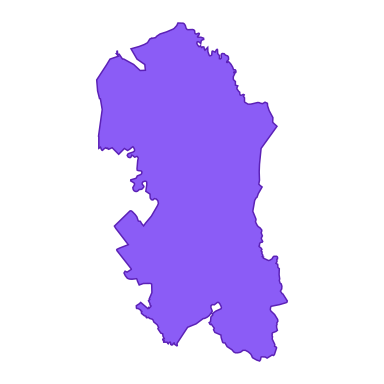 the district of Guachené, Cauca, Colombia
{"feature_id": "7082276B47374862925181", "entity_name": "Guachené", "entity_type": "district", "adm_level": 2, "iso_a3": "COL", "parent_name": "Colombia", "parent_adm1": "Cauca", "projection": "mercator", "projection_center": [-76.391, 3.144], "detail": "fine", "context": "isolated", "style": "filled", "palette": "violet", "viewbox_px": 384, "rotation_deg": 0, "n_neighbors": 0, "source": "geoboundaries", "source_scale": "gbopen_adm2", "svg_char_len": 5953}
<svg xmlns="http://www.w3.org/2000/svg" viewBox="0 0 384 384"><path d="M117.0,53.4L116.3,53.6L118.4,56.2L110.0,59.1L106.7,64.6L96.7,79.9L97.6,91.0L99.5,98.6L100.4,98.8L102.2,109.6L98.5,136.3L98.8,136.8L98.8,148.3L100.5,147.2L101.3,149.3L102.0,150.3L102.5,150.4L103.7,149.1L105.8,147.7L106.5,148.4L107.5,148.1L107.9,148.3L108.0,149.0L108.7,149.3L112.1,147.7L118.7,154.3L124.4,148.5L127.6,150.5L129.6,149.3L132.2,147.1L132.8,146.7L133.2,147.0L134.4,148.9L134.6,150.3L134.3,151.2L132.9,152.1L128.7,153.5L127.7,154.2L127.2,155.5L128.3,157.2L129.7,157.6L130.5,157.5L131.0,157.0L131.8,155.1L132.6,155.5L134.7,157.2L136.8,156.4L137.4,156.6L138.3,158.1L137.7,160.5L137.0,168.8L137.2,170.2L138.2,170.6L140.8,170.9L141.6,171.3L141.9,172.3L141.6,173.7L140.8,174.5L137.3,175.9L136.3,177.9L135.7,178.4L130.8,179.8L130.7,180.9L133.9,182.8L134.5,183.7L134.4,184.9L132.8,187.6L133.2,189.5L133.9,190.6L135.2,191.4L136.6,191.5L137.6,191.1L139.2,189.6L141.5,189.3L142.1,189.0L143.7,187.2L143.9,186.3L142.2,184.1L142.2,183.0L142.9,181.9L144.6,181.2L145.8,181.2L146.7,182.0L146.8,184.6L145.8,191.3L150.0,194.1L150.2,198.0L151.4,199.7L152.9,200.0L154.4,198.6L156.4,199.1L157.9,200.8L158.4,203.5L157.4,205.8L151.4,216.1L145.4,223.3L143.6,225.9L141.5,223.4L140.3,221.3L138.6,221.1L138.2,220.8L136.9,216.9L135.3,214.7L132.4,211.7L131.5,211.0L130.6,210.8L129.9,211.0L114.4,226.1L115.7,228.3L128.3,244.7L119.7,248.0L117.0,249.3L116.7,249.8L117.0,250.7L131.2,268.8L131.3,269.4L127.1,272.1L125.1,271.2L124.0,273.0L125.3,275.7L127.2,278.1L128.3,278.7L129.9,279.1L132.1,279.2L136.5,278.7L136.9,279.1L137.5,281.2L139.2,285.0L143.3,283.5L150.2,283.4L151.5,283.9L151.7,284.6L151.9,292.6L149.2,299.0L149.7,299.6L148.5,300.7L150.0,303.6L150.0,304.9L150.9,305.6L150.9,306.5L149.2,308.1L148.8,307.4L147.9,308.6L140.7,302.4L139.4,303.7L136.3,305.7L136.4,308.0L136.8,308.5L138.1,308.5L140.6,310.0L140.6,310.7L141.8,311.4L141.4,312.4L141.5,313.4L144.4,315.8L145.9,316.2L146.2,316.6L146.2,317.4L146.7,317.8L148.3,317.4L149.8,318.5L152.2,319.2L153.1,320.1L153.8,322.0L157.2,324.7L158.6,327.4L157.9,328.5L158.1,329.1L160.8,333.1L162.7,333.8L163.0,336.2L164.3,338.7L162.9,339.0L162.7,339.6L162.8,340.0L164.1,340.6L164.1,341.2L163.6,341.6L163.7,342.2L167.1,342.2L167.8,343.5L168.3,343.8L169.3,342.3L170.1,342.1L170.7,343.2L170.7,344.4L171.5,345.0L172.6,344.8L173.5,343.2L174.2,343.0L174.5,344.2L176.7,345.8L177.3,345.6L177.0,343.7L177.4,342.8L187.6,327.3L196.2,323.8L203.1,318.6L204.7,318.4L207.3,317.1L209.3,315.5L212.3,311.2L210.9,307.6L211.0,305.7L212.3,304.6L214.3,304.8L217.4,302.4L218.5,302.4L219.7,303.6L221.0,306.1L221.4,307.6L221.1,308.7L215.6,311.2L212.2,313.9L212.8,314.9L210.9,317.0L210.5,321.7L209.1,322.6L210.0,324.3L210.6,324.6L211.3,324.2L214.3,328.2L213.5,329.7L214.9,332.4L220.9,335.0L221.2,337.6L222.6,342.2L223.2,342.8L225.0,342.9L227.1,346.6L232.0,349.8L233.8,352.0L235.4,352.8L237.6,352.8L240.1,352.3L241.6,351.5L242.7,350.4L245.2,350.3L246.1,350.7L248.3,351.9L250.7,354.0L251.8,355.9L252.0,356.8L252.8,357.9L256.8,360.1L259.6,361.0L260.5,359.8L261.0,357.2L261.9,356.8L265.3,357.0L267.1,358.1L272.1,355.0L273.5,355.5L274.4,354.6L276.6,347.8L275.9,346.8L274.6,346.4L274.8,344.5L272.2,339.0L272.5,336.6L272.0,335.9L272.3,334.7L272.0,333.9L272.5,332.8L276.1,331.4L277.4,330.3L276.7,327.9L276.5,325.5L277.0,324.6L276.8,322.9L277.9,321.2L277.6,319.4L274.6,314.5L270.7,310.8L270.3,309.5L270.6,307.4L271.1,306.3L279.6,304.6L286.1,302.7L286.9,302.3L287.3,300.9L282.9,294.0L282.1,293.6L280.4,291.1L281.7,289.0L281.9,286.2L281.2,283.9L280.0,283.0L279.3,280.4L279.7,278.9L279.1,274.7L279.3,268.7L277.9,267.5L277.7,264.3L276.0,263.4L277.0,261.5L276.8,259.3L277.5,258.9L277.6,257.7L277.3,256.8L276.6,256.3L273.9,256.3L272.8,257.3L272.2,258.7L269.7,260.3L268.4,260.5L263.5,258.2L263.2,257.9L263.5,257.0L262.3,256.6L262.9,255.3L261.8,253.3L262.1,252.0L261.2,251.0L261.2,250.5L261.9,249.6L261.7,249.0L261.0,248.0L259.1,246.5L259.0,246.0L259.5,245.4L259.5,243.9L260.0,243.0L260.8,242.4L262.2,242.2L262.7,241.4L261.6,239.4L261.3,238.1L262.4,235.9L261.2,232.9L261.8,230.9L261.7,229.9L260.0,227.8L258.3,226.7L257.3,225.5L255.9,222.8L255.5,221.6L256.0,219.8L255.9,218.9L252.8,211.3L254.7,200.4L256.1,197.9L257.0,197.3L258.3,193.6L262.1,187.0L260.0,185.4L258.8,184.1L259.5,180.2L259.2,172.0L259.5,164.2L261.1,148.4L277.0,126.3L273.2,122.8L272.7,122.0L272.9,117.6L269.2,110.7L267.6,105.9L267.4,103.3L265.0,102.2L262.7,103.6L260.7,103.3L259.1,102.6L257.7,102.5L250.9,104.1L248.7,104.2L247.8,104.0L244.8,102.2L244.5,101.5L244.5,97.8L243.5,96.5L244.2,94.8L243.2,94.4L241.7,95.2L240.4,95.2L239.8,94.1L239.7,92.2L238.7,91.4L236.9,88.8L237.0,87.6L237.8,85.9L235.4,85.1L235.4,81.5L233.7,79.9L233.3,79.2L233.3,76.7L234.7,73.8L233.8,72.6L233.8,72.2L234.4,71.9L235.1,72.6L235.6,72.6L236.0,72.0L235.7,70.3L235.2,69.8L233.5,69.6L232.7,67.2L231.0,64.3L229.2,62.2L228.6,61.8L227.1,62.5L226.7,62.3L226.8,61.4L228.4,59.8L228.6,59.2L228.4,57.0L227.6,55.9L225.4,55.1L224.2,53.7L222.3,53.5L221.5,54.0L221.2,54.8L221.4,57.2L221.1,58.4L220.4,58.9L219.4,58.7L219.5,55.7L217.7,53.6L217.5,49.7L217.1,49.3L216.4,49.8L215.1,52.1L212.9,51.1L212.3,51.1L212.0,51.6L211.7,55.0L210.7,55.7L209.6,55.7L209.0,54.8L207.9,51.6L207.7,47.4L205.0,50.2L204.5,49.5L203.9,47.0L202.8,46.8L202.0,47.5L201.5,47.5L200.5,45.8L199.1,46.7L197.9,45.4L196.8,43.4L197.1,42.0L198.0,41.6L199.5,42.3L200.7,43.7L201.2,40.9L202.3,39.9L203.7,39.5L203.6,38.2L200.9,37.2L198.3,37.2L197.6,37.0L197.6,36.4L199.0,35.0L199.3,33.5L198.6,33.2L196.3,34.0L195.4,33.8L194.9,33.2L194.6,30.7L193.7,29.8L192.4,29.5L188.0,29.7L187.0,29.4L186.1,28.2L185.3,25.4L184.1,23.7L183.2,23.2L177.9,23.0L176.8,25.5L174.2,28.4L173.1,29.1L166.5,31.9L160.0,34.0L156.5,36.4L155.6,37.6L151.8,38.4L151.7,38.1L149.8,39.0L147.5,42.7L144.3,44.5L139.1,46.5L131.0,48.8L137.0,59.1L144.8,64.5L145.4,70.3L140.1,70.5L133.7,64.5L123.7,59.0L122.5,59.0L119.2,54.2L118.2,54.4L117.0,53.4ZM117.0,53.4L117.6,53.3L117.4,51.2L116.9,51.3L117.0,53.4Z" fill="#8b5cf6" stroke="#5b21b6" stroke-width="1.5"/></svg>